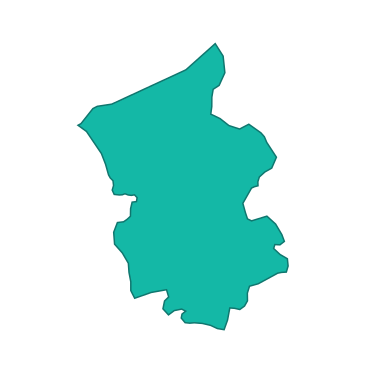 the border of Vratsa, rotated 321°
{"feature_id": "BGR-2251", "entity_name": "Vratsa", "entity_type": "Province", "adm_level": 1, "iso_a3": "BGR", "parent_name": "Bulgaria", "parent_adm1": "", "projection": "mercator", "projection_center": [23.765, 43.427], "detail": "fine", "context": "isolated", "style": "filled", "palette": "teal", "viewbox_px": 384, "rotation_deg": 321, "n_neighbors": 0, "source": "natural_earth", "source_scale": "10m", "svg_char_len": 1423}
<svg xmlns="http://www.w3.org/2000/svg" viewBox="0 0 384 384"><g transform="rotate(321 192 192)"><path d="M145.4,68.4L148.8,69.0L167.5,64.8L172.3,65.8L184.9,73.2L262.1,92.7L264.3,93.2L303.4,91.3L301.7,106.0L292.6,120.0L280.2,126.2L273.1,125.5L267.1,130.8L261.1,138.1L255.6,143.3L260.0,152.6L262.5,163.6L268.6,173.0L278.8,175.1L282.8,189.4L283.0,194.6L281.3,200.5L279.5,218.1L269.0,223.6L261.3,222.3L253.8,222.7L249.6,225.5L247.2,228.7L243.9,227.2L240.7,226.4L224.4,232.8L220.5,241.7L218.2,247.8L220.1,251.9L235.0,257.9L236.8,269.5L235.0,281.7L232.7,288.5L227.1,288.4L223.3,285.0L219.9,287.3L221.1,295.9L224.1,303.9L220.1,310.0L214.9,313.6L211.1,310.9L207.5,309.0L185.7,305.0L177.4,301.4L171.4,305.4L166.6,311.5L161.0,313.7L155.2,313.4L151.9,309.2L148.4,305.9L139.0,313.9L130.3,319.2L125.8,314.1L122.5,307.3L117.3,300.6L111.5,295.1L107.7,292.5L104.4,289.2L104.3,283.2L107.4,280.6L112.1,280.6L110.3,276.5L103.6,273.0L96.4,272.7L95.9,264.5L102.1,259.4L107.8,258.9L110.7,251.9L97.1,244.4L80.6,238.5L82.4,230.1L87.9,223.3L92.4,214.9L97.7,207.3L99.5,195.5L99.0,183.8L105.8,174.0L114.8,168.8L120.1,172.1L124.5,172.4L128.9,172.1L133.8,166.3L139.1,162.2L142.8,164.5L145.8,161.8L145.5,158.0L142.8,156.5L140.5,154.1L138.8,151.2L136.1,150.3L133.7,148.6L130.0,144.9L131.2,140.3L135.1,137.6L137.7,133.5L137.3,129.8L137.9,126.2L142.3,116.0L145.8,105.1L148.1,78.6L145.4,68.4Z" fill="#14b8a6" stroke="#0f766e" stroke-width="1.5"/></g></svg>